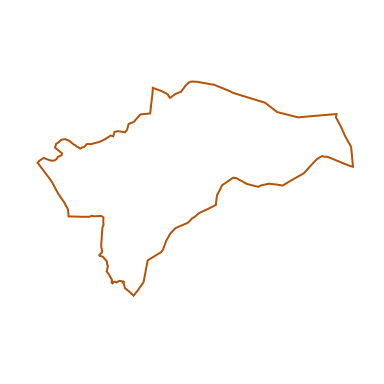 the district of Al Ma'afer, Ta`izz, Yemen, rotated 187°
{"feature_id": "15242507B70536042027816", "entity_name": "Al Ma'afer", "entity_type": "district", "adm_level": 2, "iso_a3": "YEM", "parent_name": "Yemen", "parent_adm1": "Ta`izz", "projection": "natural_earth1", "projection_center": [43.973, 13.376], "detail": "fine", "context": "isolated", "style": "outline", "palette": "amber", "viewbox_px": 384, "rotation_deg": 187, "n_neighbors": 0, "source": "geoboundaries", "source_scale": "gbopen_adm2", "svg_char_len": 3660}
<svg xmlns="http://www.w3.org/2000/svg" viewBox="0 0 384 384"><g transform="rotate(187 192 192)"><path d="M58.1,287.0L58.5,286.9L74.3,283.6L76.0,283.2L78.1,282.8L92.1,279.8L95.8,279.0L109.3,280.7L110.8,280.9L117.2,281.7L130.5,289.6L144.4,292.0L150.8,293.2L152.3,293.4L161.2,295.0L163.9,295.5L166.6,296.7L175.6,299.1L179.4,300.1L181.9,300.8L182.9,301.1L184.8,301.2L186.0,301.2L192.6,301.6L200.6,302.0L205.9,301.6L206.4,301.4L208.4,300.4L210.4,297.9L211.6,296.3L213.6,292.8L215.1,290.2L220.4,287.3L223.7,284.2L224.9,282.9L225.7,282.9L227.4,285.2L228.2,286.1L233.1,288.1L236.0,288.8L237.9,289.3L238.6,289.4L243.6,290.6L243.5,289.4L243.2,284.6L243.2,274.7L243.2,273.5L243.2,272.9L243.1,268.3L243.1,265.0L243.1,264.9L252.7,262.7L256.7,256.9L257.2,256.1L258.3,254.5L263.2,251.8L264.0,245.9L265.7,243.0L268.4,243.3L273.2,243.3L276.2,242.2L276.3,241.4L277.0,237.7L278.8,238.0L279.6,238.1L281.5,236.4L283.6,234.8L286.0,232.9L290.1,230.4L291.3,229.9L293.0,229.3L293.3,229.2L294.7,228.6L296.8,227.7L298.1,227.1L300.1,227.1L301.6,226.9L302.5,226.6L303.7,224.6L304.9,223.4L306.4,222.9L308.3,221.4L310.4,222.6L311.9,223.0L313.8,224.3L315.0,224.6L315.3,224.8L317.0,225.9L317.5,226.2L320.0,227.8L320.6,228.0L323.6,228.8L324.2,228.9L324.3,229.0L328.0,228.0L328.2,227.8L330.1,225.5L332.7,223.2L333.4,219.3L325.8,214.6L325.9,212.6L329.6,210.4L329.9,208.9L332.0,206.7L332.3,206.6L335.0,205.9L336.8,206.2L337.4,206.3L339.5,206.7L343.4,207.8L347.6,204.1L348.7,202.0L348.4,201.9L348.1,201.6L344.4,197.6L343.0,196.2L340.9,194.0L339.1,192.2L337.6,190.6L337.4,190.4L334.1,187.0L333.8,186.7L332.5,185.2L332.4,185.1L330.0,181.7L327.8,178.5L324.8,174.3L324.4,173.8L324.1,173.5L322.2,171.4L320.5,169.4L320.2,169.1L317.9,166.5L317.4,165.9L315.6,163.3L313.0,159.7L311.5,152.7L306.7,153.2L305.8,153.3L303.6,153.5L301.6,153.7L299.0,153.9L296.9,154.1L296.5,154.2L296.2,154.2L291.5,154.8L290.8,154.9L288.9,156.1L285.8,156.0L284.0,156.3L282.9,156.5L280.6,157.0L280.4,157.0L279.4,157.2L278.5,156.8L278.3,156.7L276.8,156.0L276.6,153.7L276.5,152.2L275.8,148.5L276.5,146.3L276.5,145.3L276.5,144.5L276.3,139.1L276.2,138.4L276.2,137.9L275.9,133.1L275.9,131.7L275.6,127.4L275.4,126.6L274.3,123.2L273.8,121.4L276.3,118.1L275.5,117.2L272.7,117.0L268.0,112.7L267.5,110.1L266.4,108.2L267.0,102.7L266.9,102.6L264.7,100.3L262.1,97.0L260.8,95.1L260.8,94.6L260.8,94.1L260.8,93.6L260.8,92.8L260.8,92.4L259.6,91.7L258.9,93.3L257.2,93.6L255.8,93.0L255.1,93.6L254.0,94.5L253.1,95.0L249.7,94.8L249.7,94.2L249.2,94.6L248.8,94.4L249.0,94.2L247.0,88.6L246.6,88.3L243.7,86.5L243.2,86.2L237.4,82.0L233.9,87.6L230.7,93.5L230.2,94.5L229.9,95.1L229.6,95.7L229.1,96.6L228.9,99.0L228.8,101.2L228.5,105.3L228.3,108.8L228.1,111.7L228.0,113.6L227.6,118.8L227.4,119.0L219.4,125.3L215.3,128.6L213.7,131.5L211.6,140.6L209.6,145.3L208.1,148.8L203.8,154.3L203.5,154.4L203.2,154.6L202.4,155.1L202.2,155.2L201.6,155.6L198.8,157.2L197.9,157.7L197.4,158.0L197.0,158.2L196.3,158.6L196.1,158.8L193.0,160.5L191.7,161.9L191.3,162.3L191.2,162.4L188.8,165.7L186.7,167.3L186.5,167.5L182.2,172.1L181.9,172.3L181.2,172.7L177.5,175.1L177.2,175.3L175.4,176.3L171.9,178.6L168.3,181.0L166.8,181.9L166.8,182.1L166.8,187.0L166.8,191.7L166.6,192.3L164.4,198.2L163.7,200.4L163.0,202.3L152.9,211.2L149.8,211.2L139.0,206.9L138.9,206.7L126.9,205.2L124.3,206.9L123.7,207.2L122.2,207.7L121.4,208.0L121.1,208.1L120.5,208.3L116.6,209.6L109.6,209.7L106.8,209.6L104.0,209.5L102.9,209.4L95.5,215.2L83.3,224.2L80.6,228.0L80.3,228.4L74.6,236.4L71.9,240.0L67.3,243.5L66.9,243.4L66.1,243.2L61.5,243.4L46.3,239.2L38.4,237.1L35.3,236.7L39.5,255.9L40.2,257.0L47.2,266.7L49.1,269.9L51.5,274.0L58.2,283.6L58.1,287.0Z" fill="none" stroke="#b45309" stroke-width="2"/></g></svg>